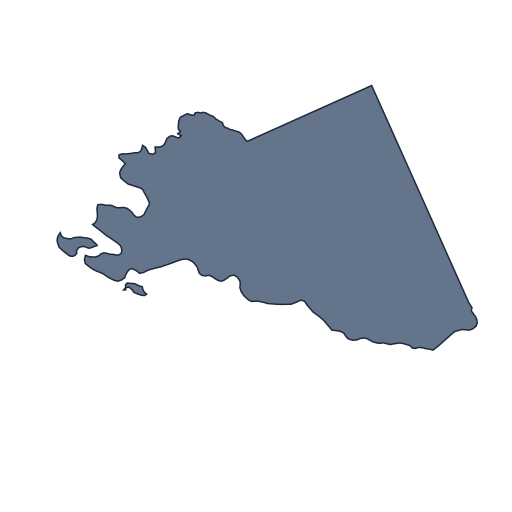 Icatu, Maranhão, Brazil (Albers equal-area conic projection), rotated 246°
{"feature_id": "56859067B15059042141661", "entity_name": "Icatu", "entity_type": "district", "adm_level": 2, "iso_a3": "BRA", "parent_name": "Brazil", "parent_adm1": "Maranhão", "projection": "albers", "projection_center": [-43.84, -2.589], "detail": "fine", "context": "isolated", "style": "filled", "palette": "slate", "viewbox_px": 512, "rotation_deg": 246, "n_neighbors": 0, "source": "geoboundaries", "source_scale": "gbopen_adm2", "svg_char_len": 3988}
<svg xmlns="http://www.w3.org/2000/svg" viewBox="0 0 512 512"><g transform="rotate(246 256 256)"><path d="M121.1,432.3L127.2,431.4L131.0,431.4L135.3,431.4L141.8,431.4L145.2,431.4L209.7,431.3L218.3,431.3L306.1,431.1L311.7,431.1L356.1,431.0L364.7,431.0L364.4,328.0L364.4,324.7L364.3,294.6L367.2,293.4L369.9,293.0L373.9,292.2L376.8,290.4L378.7,287.7L380.7,286.0L382.0,283.8L383.9,282.5L386.0,280.1L388.5,279.2L391.4,279.6L394.3,277.2L397.7,275.0L400.8,273.8L403.4,271.2L407.2,268.3L408.7,266.2L409.2,263.6L410.8,261.5L411.5,258.7L409.7,256.5L411.7,253.6L414.0,251.1L413.7,246.2L413.5,243.2L410.6,240.2L406.1,237.7L403.3,236.6L400.5,237.7L399.5,234.2L396.2,236.7L395.3,233.1L399.6,228.9L400.5,226.2L399.5,222.2L396.4,219.1L394.5,216.0L394.8,212.2L396.6,208.1L391.4,206.3L390.8,203.4L393.2,199.9L397.9,199.5L400.4,199.2L403.2,197.4L399.9,194.8L398.4,192.3L398.4,189.9L399.6,187.5L400.7,183.0L402.0,179.1L403.7,175.5L404.2,172.2L401.4,170.7L397.3,172.7L393.4,174.2L391.8,170.6L389.9,167.6L387.7,165.4L385.2,164.7L382.4,164.2L379.9,165.3L376.6,167.0L373.6,168.5L371.7,170.8L369.0,173.7L366.4,176.6L364.9,178.3L362.7,179.5L359.1,179.7L355.7,180.1L352.1,180.3L348.0,180.2L346.0,179.0L344.2,176.3L342.1,173.7L339.4,170.5L338.7,166.9L339.2,164.2L340.4,162.3L343.2,161.1L346.2,160.5L348.6,159.5L351.8,157.8L354.2,154.8L355.3,151.7L356.5,148.8L358.7,146.5L360.9,144.8L362.3,142.1L363.4,139.4L365.0,137.5L366.1,135.6L367.2,132.3L364.3,130.1L359.4,128.3L356.1,127.0L354.1,125.5L351.7,122.6L351.3,119.5L348.2,121.0L345.5,122.5L342.9,123.9L336.6,127.1L334.5,128.3L332.4,129.7L330.2,131.1L327.8,132.6L324.6,134.5L321.6,136.1L318.8,136.4L315.8,135.8L313.2,134.0L312.8,131.2L313.5,129.0L315.4,126.5L317.2,123.0L319.3,120.7L320.9,117.9L321.1,115.5L320.1,112.2L320.5,108.5L321.8,105.9L323.3,103.2L326.0,100.5L322.4,97.8L318.6,97.0L315.5,98.5L312.2,100.4L309.2,102.4L306.4,104.8L304.5,106.8L301.3,109.5L296.7,112.3L293.8,114.6L291.1,116.9L289.1,119.8L288.8,123.8L289.6,127.3L291.9,129.4L293.7,131.8L295.0,134.3L295.3,136.8L293.2,139.2L290.9,140.9L287.6,142.5L286.7,146.4L286.9,150.9L286.7,153.7L285.9,158.9L284.8,164.9L283.9,175.4L283.2,186.0L282.0,190.4L280.6,192.5L276.5,195.9L272.7,197.1L269.4,197.8L266.9,197.4L263.2,197.2L260.3,198.7L258.4,201.5L257.5,205.2L254.9,207.6L251.0,210.0L248.4,212.1L247.1,214.2L246.8,216.6L247.5,220.3L248.3,223.8L247.8,227.5L244.9,230.1L241.0,231.0L238.4,230.9L236.1,229.8L233.6,228.4L229.1,228.0L224.3,228.9L221.1,230.3L218.9,231.3L216.4,233.3L215.4,235.9L214.3,238.8L211.9,242.3L209.6,245.3L208.0,247.0L204.1,254.2L201.4,259.6L199.9,263.1L197.6,268.8L197.4,274.1L197.5,278.8L195.1,281.9L190.5,282.7L181.7,285.3L175.5,288.9L169.6,291.7L165.7,292.8L161.5,294.1L157.5,295.1L154.9,299.4L152.8,302.5L149.6,304.9L145.3,305.6L142.6,306.7L139.9,309.8L138.3,314.0L138.3,317.6L137.3,320.8L135.8,323.4L132.5,326.0L130.5,327.4L127.3,331.1L125.5,334.4L124.9,337.2L123.0,339.2L120.3,343.2L119.7,346.3L118.8,349.2L118.2,351.6L116.6,354.3L114.1,357.3L111.8,359.9L108.2,361.5L106.6,364.4L106.4,367.3L104.3,371.1L102.4,373.2L100.4,376.5L98.0,379.4L100.0,387.2L102.4,394.5L103.6,398.4L104.6,401.4L105.7,405.1L106.1,407.6L105.6,410.6L105.2,413.8L104.2,415.9L101.5,420.8L101.3,424.7L102.4,428.6L104.8,430.8L107.8,431.8L111.2,431.9L114.2,431.2L118.1,430.4L121.1,432.3ZM354.6,83.0L351.4,80.7L348.4,80.0L344.2,79.7L340.9,81.0L337.4,82.7L333.5,84.8L331.5,86.1L330.1,88.8L330.3,91.2L331.3,93.3L333.6,94.0L335.6,97.0L335.7,99.9L334.4,103.2L332.6,104.8L331.0,106.6L330.6,109.1L330.5,112.0L330.2,115.2L332.5,114.6L335.6,113.2L338.4,112.2L341.0,109.3L342.7,106.2L344.7,103.3L345.7,100.7L346.8,97.3L346.9,94.3L347.8,91.9L349.4,89.8L350.7,87.8L353.4,86.4L356.9,86.7L354.6,83.0ZM280.3,124.2L279.0,127.5L275.2,129.2L272.6,129.6L270.7,131.2L268.7,133.2L266.8,135.4L265.3,137.8L265.6,140.6L268.7,139.2L271.2,139.0L274.2,139.6L276.3,137.1L280.1,133.9L282.0,130.4L283.7,127.4L282.7,125.0L280.3,124.2ZM280.3,124.2L278.8,121.2L278.1,123.4L280.3,124.2Z" fill="#64748b" stroke="#1e293b" stroke-width="1.5"/></g></svg>